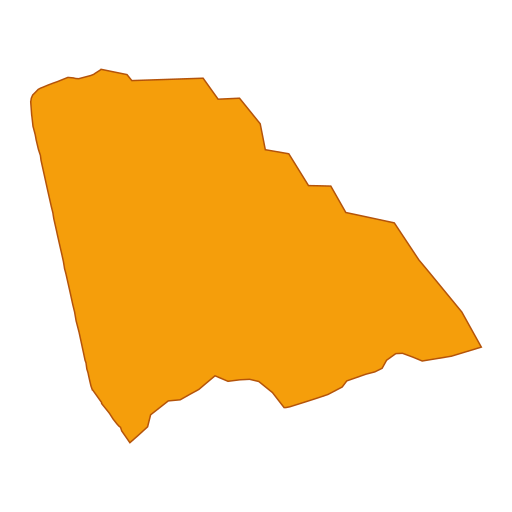 outline of Fouli, Lac, Chad
{"feature_id": "50815135B95453652867262", "entity_name": "Fouli", "entity_type": "district", "adm_level": 2, "iso_a3": "TCD", "parent_name": "Chad", "parent_adm1": "Lac", "projection": "orthographic", "projection_center": [13.802, 14.046], "detail": "fine", "context": "isolated", "style": "filled", "palette": "amber", "viewbox_px": 512, "rotation_deg": 0, "n_neighbors": 0, "source": "geoboundaries", "source_scale": "gbopen_adm2", "svg_char_len": 1757}
<svg xmlns="http://www.w3.org/2000/svg" viewBox="0 0 512 512"><path d="M434.7,279.0L426.2,268.7L419.0,260.1L394.3,222.9L365.6,216.7L345.8,212.5L330.8,186.1L319.2,185.8L308.5,185.6L288.8,153.8L265.3,149.7L260.2,123.8L239.5,98.2L228.8,98.7L218.1,99.2L203.1,78.2L176.6,79.1L146.7,80.1L131.8,80.6L127.0,74.6L101.0,69.3L100.6,69.8L98.6,71.1L95.0,73.4L93.8,74.3L90.8,75.5L78.7,78.7L75.7,78.5L73.3,77.9L67.9,77.4L62.9,79.4L57.5,81.6L53.2,83.1L48.2,85.0L42.7,87.3L40.6,88.1L38.2,89.4L35.6,92.1L32.7,95.0L31.3,98.2L31.2,98.9L30.9,100.8L30.7,101.7L31.7,115.3L31.9,116.4L33.0,126.3L33.1,126.7L33.5,128.1L35.2,134.6L35.8,137.8L36.1,139.6L37.9,147.2L38.3,148.9L38.5,149.6L40.4,155.4L40.8,158.5L41.0,160.2L43.5,171.5L47.6,190.1L51.3,206.5L52.3,210.5L52.9,212.9L53.2,215.0L53.8,218.7L56.9,232.5L57.2,234.0L59.8,245.5L60.8,249.9L62.0,255.1L63.4,261.5L64.3,267.0L64.5,268.4L64.9,270.0L65.1,270.6L66.0,274.1L70.1,292.3L72.8,304.7L73.2,306.3L74.6,312.0L76.1,320.8L78.9,331.6L79.0,331.9L83.6,353.3L84.5,357.6L85.1,360.4L86.0,362.8L86.8,368.8L86.9,369.2L88.0,372.7L88.6,375.7L88.7,376.1L89.7,380.6L90.8,385.3L91.1,386.4L92.4,390.0L92.7,390.0L101.6,402.5L101.6,403.5L102.7,404.9L103.5,405.9L104.8,407.5L107.2,410.5L109.5,413.4L113.2,419.2L115.9,422.6L116.9,423.9L118.9,426.1L120.5,427.3L121.7,430.9L129.9,442.7L138.5,435.1L147.6,426.8L150.6,414.8L168.3,400.9L180.2,399.8L190.1,394.2L198.9,389.4L205.0,384.2L215.0,375.8L228.0,381.3L239.8,379.8L249.6,379.3L258.8,381.5L272.5,392.6L284.1,407.6L285.7,407.6L289.8,406.8L305.7,401.8L317.2,398.1L327.9,394.5L342.2,387.0L346.8,380.9L365.9,374.2L374.8,371.9L382.1,368.3L386.6,360.2L395.8,353.6L402.5,353.3L412.8,357.1L422.2,361.0L451.4,356.2L481.3,347.1L461.8,312.0L434.7,279.0Z" fill="#f59e0b" stroke="#b45309" stroke-width="1.5"/></svg>